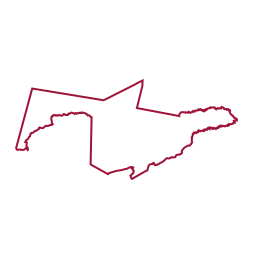 Vila Bela da Santíssima Trindade, Mato Grosso, Brazil, rotated 104°
{"feature_id": "56859067B83705117526792", "entity_name": "Vila Bela da Santíssima Trindade", "entity_type": "district", "adm_level": 2, "iso_a3": "BRA", "parent_name": "Brazil", "parent_adm1": "Mato Grosso", "projection": "mercator", "projection_center": [-59.993, -15.135], "detail": "fine", "context": "isolated", "style": "outline", "palette": "rose", "viewbox_px": 256, "rotation_deg": 104, "n_neighbors": 0, "source": "geoboundaries", "source_scale": "gbopen_adm2", "svg_char_len": 5668}
<svg xmlns="http://www.w3.org/2000/svg" viewBox="0 0 256 256"><g transform="rotate(104 128 128)"><path d="M94.4,24.3L94.1,24.4L93.4,24.4L93.2,24.8L93.0,24.7L92.7,25.0L92.7,25.9L92.6,26.6L92.2,27.1L92.2,27.8L91.4,28.4L91.0,29.3L90.7,29.4L90.4,29.9L90.4,30.6L90.0,31.2L89.2,32.1L88.6,32.8L87.4,33.5L87.1,33.6L86.7,33.1L86.1,33.4L85.9,33.8L85.9,34.2L86.4,34.8L86.3,35.1L85.5,35.5L86.1,36.4L86.4,36.6L86.3,36.9L85.8,37.0L85.7,37.4L86.4,38.7L86.2,39.5L85.4,40.0L85.1,40.6L85.2,41.2L84.8,42.1L85.3,42.5L86.5,42.4L86.6,43.0L86.9,43.6L86.7,44.3L87.4,45.2L87.1,45.8L87.3,46.2L88.5,46.7L88.5,47.6L87.5,48.4L87.1,49.0L87.5,49.7L87.4,50.4L87.9,51.4L87.9,52.5L88.4,52.7L88.2,53.3L89.3,54.0L89.4,54.6L90.6,56.0L90.5,56.4L90.9,56.9L91.1,56.9L91.3,56.5L91.6,56.6L91.5,57.0L91.6,57.4L91.9,57.5L92.1,57.1L92.3,57.5L91.9,57.9L92.1,58.3L92.4,58.0L92.6,58.1L93.2,57.9L93.4,58.2L93.2,58.4L93.3,58.8L93.1,59.1L93.4,59.3L93.1,60.1L92.9,59.9L92.8,59.5L92.5,59.8L92.5,60.2L92.8,60.3L92.5,61.1L92.6,61.4L92.9,61.5L92.7,62.0L92.3,62.3L92.6,62.6L92.9,63.2L93.1,62.9L93.3,63.2L93.0,63.5L93.3,63.8L92.9,64.1L93.2,64.4L93.6,64.2L93.9,64.4L94.3,64.9L94.6,66.1L94.8,66.3L94.8,67.0L95.3,67.3L96.2,67.5L96.3,68.2L96.2,68.9L95.9,68.8L95.8,69.1L97.4,69.9L97.5,70.7L98.2,71.2L97.9,72.0L97.9,72.4L98.4,72.9L97.9,73.2L98.5,73.6L98.6,74.1L98.5,74.4L98.9,75.4L99.1,75.5L99.2,75.8L98.9,76.1L98.9,76.4L99.3,77.4L99.3,78.6L99.8,80.0L100.2,80.5L102.3,81.5L103.3,81.4L104.0,81.1L106.5,124.2L84.0,124.2L78.4,125.3L81.2,128.7L84.1,131.8L107.0,158.4L112.9,230.5L174.4,231.7L175.8,230.7L175.9,229.9L175.1,227.9L174.8,225.1L174.4,223.9L173.9,223.3L172.8,222.7L172.5,222.2L172.8,220.7L173.6,220.0L173.3,219.8L173.0,219.9L171.6,220.5L171.0,221.1L170.7,221.8L170.3,222.1L168.9,222.4L168.5,222.6L167.8,222.5L167.0,222.7L166.6,222.6L166.3,223.2L166.4,223.5L166.2,223.7L166.3,224.3L165.4,224.0L165.1,224.1L164.7,224.0L164.2,223.5L163.9,223.4L163.2,222.7L162.6,222.3L160.6,221.8L160.2,221.6L159.8,221.1L158.7,221.0L157.0,221.2L156.0,220.2L155.7,219.3L155.0,218.5L154.3,218.2L153.2,217.4L152.9,216.4L152.4,215.9L151.3,215.2L150.5,214.2L149.7,214.1L149.2,214.3L148.9,214.0L148.8,213.6L149.0,211.7L148.6,210.5L148.4,210.1L147.3,209.5L146.9,209.1L146.3,208.8L146.0,208.3L145.7,208.2L145.6,207.9L145.6,206.7L144.9,205.2L143.8,204.3L143.8,203.6L143.3,202.5L143.0,202.2L142.4,202.0L141.6,203.0L141.3,203.2L139.1,203.9L138.7,204.3L137.3,204.8L135.6,204.9L135.3,204.3L134.7,204.3L134.5,204.1L134.1,203.4L133.8,203.3L133.5,203.4L133.3,203.1L133.4,202.4L133.1,201.6L133.2,201.3L133.4,201.1L133.3,200.0L132.9,199.6L132.6,199.6L132.5,199.4L132.6,198.1L132.2,197.8L131.9,197.3L132.2,195.9L132.1,195.3L131.9,194.7L130.0,193.8L129.9,193.5L130.0,192.7L130.3,192.4L130.5,191.8L130.5,191.4L129.9,189.9L129.9,189.5L129.6,189.3L128.8,189.4L128.5,189.2L128.3,188.9L128.4,188.4L127.9,188.0L127.8,187.7L127.3,187.3L126.7,186.6L126.7,186.2L126.9,185.2L126.9,184.1L127.3,183.4L126.9,182.9L126.3,182.8L126.1,182.5L126.5,181.1L125.8,180.6L125.8,180.3L125.6,179.7L125.0,179.1L125.2,178.2L124.9,177.4L124.2,177.1L124.2,176.9L124.5,176.2L124.0,175.7L124.1,175.0L123.8,173.8L124.0,173.1L124.4,172.5L124.4,171.5L124.7,171.3L125.0,170.6L125.6,170.1L125.2,169.3L125.2,168.6L125.6,167.5L125.9,167.2L126.3,167.1L126.5,166.7L126.4,165.9L172.3,155.5L172.9,153.8L177.6,136.2L176.4,135.6L172.5,129.0L170.6,124.5L168.5,120.8L168.0,119.5L166.1,117.3L165.3,116.0L165.0,115.1L165.2,114.4L164.9,113.7L165.0,113.4L165.3,113.4L166.0,114.0L166.0,113.7L166.4,113.4L167.2,113.5L167.4,113.3L167.6,112.5L167.9,112.2L169.1,111.9L169.8,112.2L170.8,112.0L171.7,112.7L171.9,113.0L173.0,113.6L173.7,114.1L174.0,113.8L175.9,112.7L176.4,111.8L165.4,100.3L164.5,99.0L160.4,98.9L159.1,98.7L158.3,98.2L157.6,97.2L157.2,95.8L157.0,95.5L156.2,95.3L155.8,95.0L155.7,94.7L156.0,93.9L157.1,93.3L157.5,92.9L157.5,92.5L156.9,91.3L156.3,90.4L154.4,88.5L152.6,86.4L150.8,85.0L148.2,83.4L147.9,83.0L147.7,81.1L147.4,80.3L145.8,78.7L145.6,78.3L145.8,77.4L145.1,75.4L144.6,75.0L143.2,74.8L142.6,74.4L141.8,73.3L141.5,71.6L140.7,71.2L140.3,70.4L139.4,69.6L139.0,69.6L138.0,70.1L137.3,70.2L136.6,70.1L133.9,68.8L132.9,68.0L131.0,66.0L130.5,65.3L130.1,63.8L129.9,63.6L128.9,63.3L128.3,62.8L127.8,62.7L127.4,62.8L126.7,62.4L126.1,62.4L125.0,63.0L123.8,63.3L123.5,63.2L122.9,63.3L121.7,63.6L121.6,63.9L120.0,63.4L118.0,63.7L117.9,63.3L117.3,63.0L116.6,63.0L116.7,62.4L117.0,62.1L116.8,61.9L116.2,61.9L115.9,61.6L116.0,60.8L116.3,60.3L116.1,60.1L115.4,59.9L115.0,58.9L114.7,58.8L114.0,59.4L113.3,59.1L113.5,58.6L113.3,58.2L113.7,57.3L113.6,56.8L113.0,56.2L112.8,55.6L112.7,53.6L112.4,53.5L111.8,54.1L111.3,54.1L111.2,53.5L110.9,53.2L110.8,52.9L111.2,52.4L111.0,52.1L110.7,52.1L110.4,51.9L110.3,51.5L110.6,51.3L110.6,50.9L110.1,50.7L109.2,50.8L108.7,50.5L109.0,50.2L108.8,49.9L108.9,49.5L109.2,49.4L109.4,48.7L109.1,48.8L108.7,49.2L108.2,48.9L107.7,49.1L107.5,48.8L107.7,48.5L108.1,48.1L107.6,47.0L108.2,46.7L108.2,46.0L108.3,45.6L108.3,45.3L107.9,45.3L107.9,45.6L107.6,45.7L107.2,45.5L107.2,45.1L107.7,45.1L107.2,44.5L107.2,44.1L107.5,43.8L107.7,43.0L107.4,42.9L107.1,43.1L106.9,42.5L107.3,42.1L107.0,41.9L106.5,42.0L106.2,41.8L106.1,41.4L106.3,40.8L106.2,40.4L106.0,40.2L105.3,40.3L104.7,40.6L104.6,40.3L104.9,39.8L104.7,39.6L104.0,39.5L103.8,39.2L103.3,39.1L103.2,38.9L104.2,38.2L103.9,37.4L103.5,37.3L102.9,36.8L102.8,36.5L103.1,34.9L102.6,34.5L102.5,34.0L102.6,33.7L101.3,32.6L101.5,32.4L101.8,32.3L102.0,31.8L101.8,31.6L100.4,31.2L100.8,30.9L100.8,30.6L100.4,30.6L100.1,31.0L99.5,30.1L99.5,29.0L99.1,28.3L98.9,28.0L98.2,27.7L98.1,27.4L98.3,27.2L98.1,26.9L97.4,26.9L97.2,25.9L96.3,26.6L96.1,26.4L96.1,26.0L95.3,26.2L95.1,26.6L94.4,25.2L94.4,24.3Z" fill="none" stroke="#9f1239" stroke-width="2"/></g></svg>